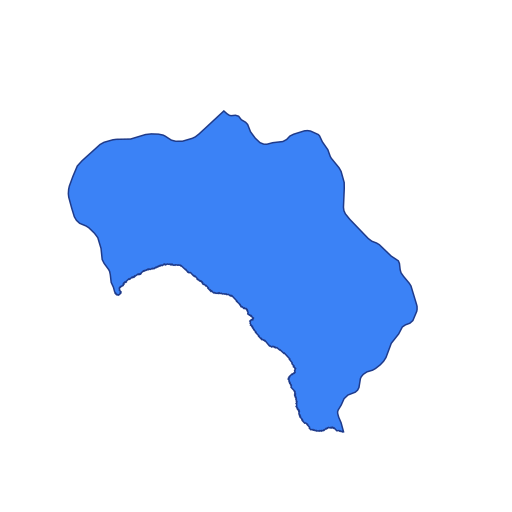 Las Charcas, Azua, Dominican Republic (orthographic projection), rotated 317°
{"feature_id": "3306468B70810914734022", "entity_name": "Las Charcas", "entity_type": "district", "adm_level": 2, "iso_a3": "DOM", "parent_name": "Dominican Republic", "parent_adm1": "Azua", "projection": "orthographic", "projection_center": [-70.568, 18.379], "detail": "fine", "context": "isolated", "style": "filled", "palette": "blue", "viewbox_px": 512, "rotation_deg": 317, "n_neighbors": 0, "source": "geoboundaries", "source_scale": "gbopen_adm2", "svg_char_len": 6144}
<svg xmlns="http://www.w3.org/2000/svg" viewBox="0 0 512 512"><g transform="rotate(317 256 256)"><path d="M128.1,186.0L128.1,187.3L127.6,187.3L127.6,189.1L128.1,189.1L128.1,190.0L128.9,190.5L128.9,190.9L131.5,191.0L131.5,190.5L132.3,190.5L132.3,190.0L132.8,190.0L132.8,187.8L133.2,187.8L134.0,186.4L134.9,186.4L134.9,186.0L136.2,186.0L136.2,186.4L138.3,186.5L138.3,186.9L138.7,186.9L138.7,186.5L140.4,186.5L140.4,185.6L142.2,185.6L142.2,186.0L143.0,186.0L143.0,186.5L143.4,186.5L143.4,186.0L147.3,186.0L147.3,186.5L148.1,186.5L148.1,186.9L150.7,186.9L150.7,187.4L151.6,187.4L151.6,187.8L152.4,187.8L152.4,188.3L153.3,188.3L153.3,187.8L153.7,187.8L153.7,188.3L157.1,188.7L157.1,189.2L158.0,189.2L158.0,189.6L158.4,189.6L158.4,190.1L159.2,190.1L159.2,190.5L159.7,190.5L159.7,190.1L163.5,190.1L163.5,190.5L164.4,190.5L164.4,191.0L166.5,191.4L166.5,191.9L168.2,191.9L168.2,192.8L169.1,192.8L169.5,193.7L171.2,194.1L171.2,194.6L172.1,194.6L172.5,195.5L173.3,195.5L173.3,195.9L175.0,195.9L175.0,196.4L176.3,196.4L176.3,196.8L177.6,196.8L177.6,197.3L178.9,197.3L178.9,197.7L179.7,197.7L179.7,198.2L180.6,198.2L181.0,199.1L182.7,199.1L182.7,199.5L183.6,199.5L183.6,200.4L184.0,200.4L184.0,200.9L185.7,201.3L186.1,202.2L187.4,203.1L187.4,204.0L188.3,204.0L188.3,204.9L189.1,204.9L189.1,206.3L190.0,206.7L190.4,207.6L191.3,207.6L192.5,209.4L193.0,209.4L193.4,210.3L194.3,210.8L194.3,212.1L194.7,212.1L195.1,218.0L195.5,218.0L195.1,221.1L195.5,221.1L195.5,222.5L196.8,223.4L196.8,227.9L197.2,227.9L197.2,229.2L197.7,229.2L197.7,232.8L197.2,232.8L197.2,233.3L197.7,233.3L197.7,235.5L198.1,235.5L198.1,236.4L198.5,236.4L198.5,237.3L198.9,237.3L198.9,237.8L198.5,237.8L198.5,238.2L198.9,238.2L198.9,239.1L198.1,239.6L198.1,240.9L198.9,241.4L198.9,243.6L199.4,243.6L199.4,246.8L198.9,246.8L198.9,249.5L199.4,249.5L199.4,250.8L198.9,250.8L198.9,251.3L199.8,251.3L199.8,254.0L200.7,254.4L200.7,255.3L201.1,255.3L201.9,256.7L202.8,257.1L202.8,257.6L203.6,257.6L203.6,258.0L204.1,258.0L204.1,258.9L205.4,259.8L205.4,260.7L206.6,261.6L207.1,262.5L207.5,262.5L207.9,263.4L208.3,263.4L208.3,264.3L209.6,265.2L210.0,267.5L210.5,267.5L210.5,267.9L210.9,267.9L210.9,268.8L211.3,268.8L211.3,276.0L210.9,276.0L211.3,280.5L210.9,280.5L210.9,282.8L210.5,282.8L210.5,283.2L211.3,283.7L211.3,285.9L211.8,285.9L211.8,286.4L212.2,286.4L212.2,287.3L213.0,287.7L213.0,289.1L212.6,289.1L212.6,290.0L212.2,290.0L211.8,291.8L210.5,292.7L210.9,294.9L211.3,294.9L211.3,296.3L211.8,296.3L211.8,296.7L211.3,296.7L211.8,299.4L211.3,299.4L211.3,299.9L210.0,299.9L210.0,300.3L209.2,299.9L209.2,299.4L207.1,299.4L207.1,300.3L205.8,301.2L205.4,303.0L204.9,303.0L205.4,304.8L204.9,304.8L204.9,306.2L204.5,306.2L204.5,308.4L204.1,308.4L204.1,311.6L203.6,311.6L203.6,316.5L203.2,316.5L203.2,319.7L203.6,319.7L203.6,320.6L203.2,320.6L203.2,321.0L203.6,321.0L204.1,322.8L204.5,322.8L204.5,324.2L204.9,324.2L204.5,330.9L204.9,330.9L205.4,333.2L206.2,333.2L206.2,333.6L207.1,334.1L207.1,335.0L207.5,335.0L207.5,335.9L207.9,335.9L207.9,336.8L208.8,337.2L209.2,340.8L209.6,340.8L210.0,346.2L210.5,346.2L210.5,354.3L210.0,354.3L209.6,358.8L208.8,359.3L208.8,362.0L208.3,362.0L208.3,362.9L207.9,362.9L208.3,365.1L207.5,365.1L207.1,366.0L206.2,366.0L205.4,367.4L204.9,367.4L204.9,367.8L204.1,367.8L204.1,367.4L201.9,367.4L201.9,366.9L198.1,366.9L198.1,367.4L196.8,367.4L196.8,367.8L196.0,367.8L196.0,368.3L195.5,368.3L195.5,369.6L194.7,370.1L194.7,371.4L194.2,371.4L194.2,372.3L193.8,372.3L193.8,374.1L193.4,374.1L193.4,375.0L192.1,375.9L192.1,381.3L191.7,381.3L191.7,382.2L190.8,382.7L190.8,383.6L190.4,383.6L190.4,384.0L189.5,384.0L189.5,384.9L189.1,384.9L189.1,385.8L188.7,385.8L188.7,386.7L188.3,386.7L188.3,387.6L187.4,388.1L187.4,389.0L186.6,389.4L186.6,390.3L186.1,390.3L185.7,391.2L184.8,391.2L184.8,392.1L184.0,392.6L183.6,393.5L182.7,393.5L182.7,395.3L182.3,395.3L182.3,396.6L181.8,396.6L181.8,397.5L182.3,397.5L182.3,398.0L181.8,398.0L181.8,398.9L181.4,398.9L181.4,399.3L181.0,399.3L180.6,400.2L179.7,400.7L179.7,402.0L179.3,402.0L179.3,402.9L178.9,402.9L178.9,403.8L178.4,403.8L178.4,407.0L178.0,407.0L178.0,407.9L177.6,407.9L177.6,411.5L178.4,411.9L178.9,414.2L178.4,414.2L178.4,417.8L177.6,418.2L177.6,420.5L178.4,420.9L178.8,421.8L179.3,421.8L179.3,422.7L180.1,423.2L180.1,424.1L181.0,424.5L181.0,425.4L182.3,426.3L182.7,427.2L183.6,427.2L184.0,428.1L184.4,428.1L184.4,428.6L185.3,428.6L185.7,429.5L187.0,429.5L187.0,429.9L189.5,429.9L189.5,430.4L190.8,430.4L190.8,430.8L192.1,430.8L192.5,431.7L193.4,432.2L193.4,432.6L193.8,432.6L193.8,433.1L194.7,433.1L194.7,433.5L195.1,433.5L195.1,434.4L195.5,434.4L195.5,435.3L195.9,435.3L195.9,438.9L197.7,440.3L197.7,441.2L198.5,441.6L198.5,442.5L199.4,443.0L199.4,443.9L200.1,444.3L204.5,436.0L206.5,430.4L208.2,427.1L209.4,425.6L211.0,424.7L216.7,423.1L223.1,420.4L228.5,420.4L235.7,423.3L238.8,423.4L241.6,422.4L248.7,416.9L250.6,416.1L253.8,415.7L258.1,416.4L263.4,419.0L266.7,419.8L272.7,420.3L277.5,420.0L281.8,418.9L295.4,412.1L307.2,410.3L314.6,407.7L318.4,408.3L322.7,410.1L326.7,410.2L335.8,406.1L337.4,404.9L339.4,402.7L340.4,400.9L348.9,383.6L349.5,380.4L350.0,371.5L350.6,367.2L352.1,364.3L355.8,359.3L356.8,356.6L354.8,348.3L353.9,331.8L353.0,328.7L350.8,324.2L350.0,319.7L349.6,293.2L350.1,286.1L351.2,282.8L353.2,280.0L366.7,266.7L370.6,262.4L375.9,252.2L376.9,248.1L377.7,235.9L378.2,233.8L381.0,227.3L382.4,217.7L384.4,211.5L384.4,209.7L381.1,201.8L379.2,199.4L376.8,197.5L366.6,192.6L362.6,191.4L357.9,191.7L353.7,190.6L345.6,184.6L340.2,181.7L338.0,179.6L336.2,175.8L335.8,169.2L336.7,161.4L339.6,154.1L339.6,151.1L338.2,146.3L338.6,141.9L337.0,139.1L333.6,136.5L332.5,135.1L331.8,132.2L331.4,128.0L297.6,127.9L292.9,127.5L289.7,126.5L280.5,121.9L275.5,117.3L273.1,113.5L271.3,106.3L270.5,104.2L267.8,100.4L262.7,95.3L258.0,91.8L244.0,84.9L233.4,75.4L230.6,73.4L222.4,69.2L218.0,68.1L193.8,67.7L186.7,68.3L176.4,72.9L167.3,77.5L164.5,79.4L161.2,82.5L159.2,85.2L153.9,95.2L149.9,103.4L149.0,107.5L149.3,111.8L152.2,118.2L153.0,121.3L153.4,129.2L152.8,134.7L147.8,144.8L141.1,153.7L139.9,157.8L139.0,165.4L138.4,167.5L136.7,170.3L132.1,176.5L130.4,181.6L128.1,186.0Z" fill="#3b82f6" stroke="#1e3a8a" stroke-width="1.5"/></g></svg>